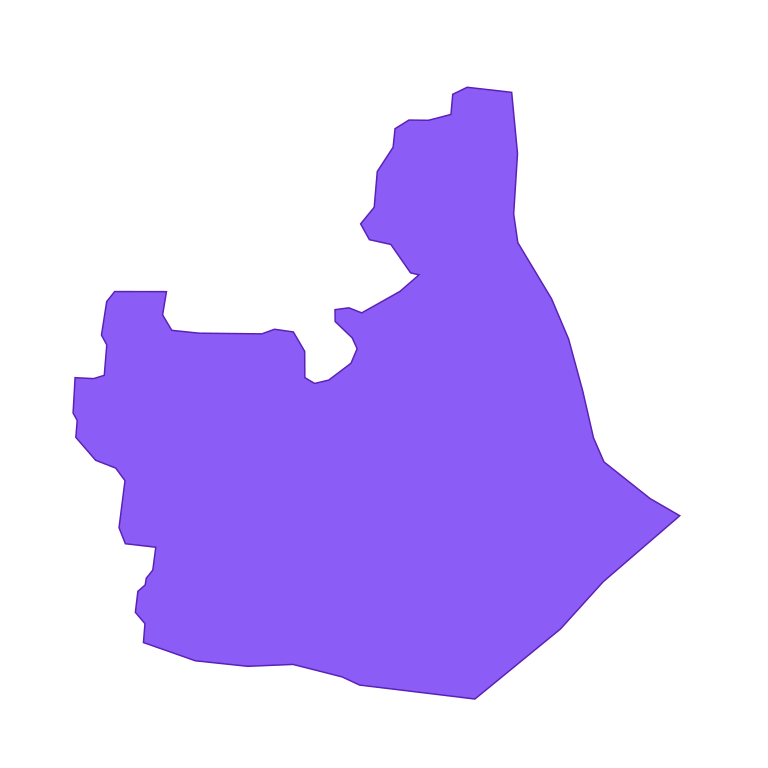 outline of Dungass, Zinder, Niger, rotated 6°
{"feature_id": "23599985B10149369238340", "entity_name": "Dungass", "entity_type": "district", "adm_level": 2, "iso_a3": "NER", "parent_name": "Niger", "parent_adm1": "Zinder", "projection": "mercator", "projection_center": [9.383, 13.215], "detail": "fine", "context": "isolated", "style": "filled", "palette": "violet", "viewbox_px": 768, "rotation_deg": 6, "n_neighbors": 0, "source": "geoboundaries", "source_scale": "gbopen_adm2", "svg_char_len": 1082}
<svg xmlns="http://www.w3.org/2000/svg" viewBox="0 0 768 768"><g transform="rotate(6 384 384)"><path d="M171.8,666.3L225.4,679.0L278.0,679.0L322.8,672.4L373.0,679.7L391.3,686.0L507.3,687.8L585.1,609.2L622.7,557.7L691.9,484.1L660.7,470.2L610.9,438.5L598.0,415.7L582.2,369.7L562.9,320.0L541.7,281.7L502.3,229.4L495.2,201.4L492.7,140.9L480.5,80.6L435.7,80.2L422.1,88.7L422.4,108.9L400.6,117.1L381.2,118.9L368.3,128.9L368.3,147.6L355.1,173.4L355.8,209.2L344.0,227.2L354.4,242.0L376.2,244.5L398.8,270.7L407.4,271.8L390.2,290.2L354.4,315.6L341.1,311.9L327.5,315.2L328.9,327.0L347.5,341.4L353.6,351.7L349.0,366.8L328.6,385.9L314.9,390.7L304.6,385.9L301.7,359.8L288.4,341.7L269.4,341.0L257.3,346.9L194.6,352.8L167.3,352.8L156.6,338.4L158.0,314.9L106.5,320.2L99.6,331.0L97.9,364.9L104.2,374.1L104.9,404.6L94.6,409.0L76.1,410.0L76.8,423.9L77.8,445.3L82.7,452.4L83.1,469.3L105.2,490.0L126.0,495.7L136.5,507.2L135.5,554.6L143.5,569.9L174.1,570.2L173.5,593.2L167.9,602.0L167.5,608.8L160.9,615.9L160.6,637.1L171.3,647.3L171.8,666.3Z" fill="#8b5cf6" stroke="#5b21b6" stroke-width="1.5"/></g></svg>